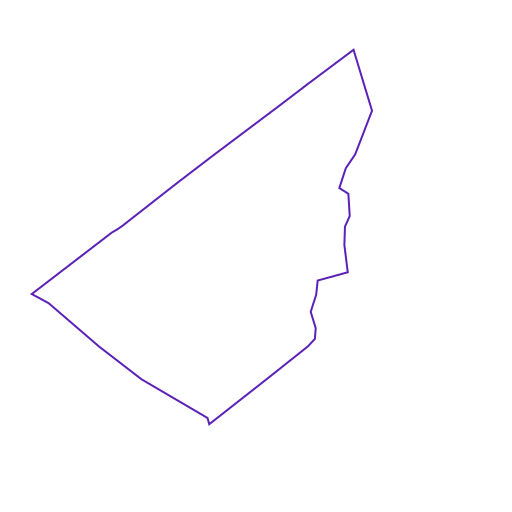 Scott, Virginia, United States of America, rotated 143°
{"feature_id": "52423323B99932966436825", "entity_name": "Scott", "entity_type": "district", "adm_level": 2, "iso_a3": "USA", "parent_name": "United States of America", "parent_adm1": "Virginia", "projection": "mercator", "projection_center": [-82.626, 36.739], "detail": "fine", "context": "isolated", "style": "outline", "palette": "violet", "viewbox_px": 512, "rotation_deg": 143, "n_neighbors": 0, "source": "geoboundaries", "source_scale": "gbopen_adm2", "svg_char_len": 596}
<svg xmlns="http://www.w3.org/2000/svg" viewBox="0 0 512 512"><g transform="rotate(143 256 256)"><path d="M392.2,155.8L394.6,149.8L318.5,151.3L268.8,152.6L258.8,154.4L251.7,162.5L245.9,178.5L231.2,188.9L221.5,199.3L192.5,187.8L178.8,211.6L167.3,225.9L157.1,231.5L144.8,250.1L148.6,260.1L131.4,272.1L115.6,277.5L75.9,302.2L54.0,362.0L110.8,362.2L144.4,362.0L223.2,362.1L232.5,362.1L273.8,361.8L301.9,361.3L302.7,361.3L305.9,361.2L345.1,360.5L350.1,360.7L357.2,361.5L456.4,360.6L458.0,360.6L450.0,343.1L435.8,278.0L421.6,226.3L392.2,155.8Z" fill="none" stroke="#5b21b6" stroke-width="2"/></g></svg>